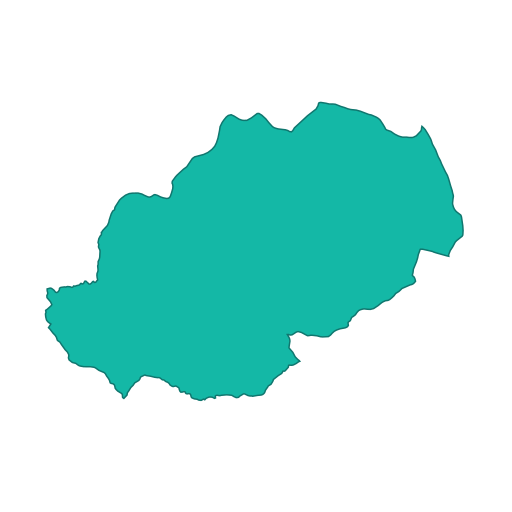 the district of Monguì, Boyacá, Colombia, rotated 280°
{"feature_id": "7082276B75915800684319", "entity_name": "Monguì", "entity_type": "district", "adm_level": 2, "iso_a3": "COL", "parent_name": "Colombia", "parent_adm1": "Boyacá", "projection": "mercator", "projection_center": [-72.845, 5.698], "detail": "fine", "context": "isolated", "style": "filled", "palette": "teal", "viewbox_px": 512, "rotation_deg": 280, "n_neighbors": 0, "source": "geoboundaries", "source_scale": "gbopen_adm2", "svg_char_len": 6068}
<svg xmlns="http://www.w3.org/2000/svg" viewBox="0 0 512 512"><g transform="rotate(280 256 256)"><path d="M287.4,111.9L279.9,108.8L278.7,108.6L277.2,108.7L276.6,108.4L276.0,107.6L275.3,107.1L272.3,106.1L265.8,105.2L263.7,105.2L260.3,104.4L254.3,100.5L253.2,100.3L252.5,99.6L252.0,99.6L251.2,100.0L250.1,99.9L249.6,99.8L248.6,99.1L245.7,98.2L241.9,98.1L240.0,99.2L238.0,99.2L237.1,99.5L234.8,101.2L233.5,101.6L227.7,102.3L225.8,102.2L223.1,101.5L220.3,102.0L218.7,101.8L215.5,102.7L213.7,103.0L211.1,102.5L209.3,102.7L207.2,103.3L205.0,104.2L204.7,104.2L203.9,103.5L202.6,102.9L202.2,102.5L201.9,101.4L202.7,100.6L202.8,100.1L202.2,99.5L200.5,98.5L199.6,97.6L199.4,96.9L199.5,96.1L200.4,95.0L201.2,93.5L201.6,93.1L201.6,92.0L201.3,91.7L199.4,91.1L198.5,90.4L198.3,89.5L198.7,88.6L198.6,88.2L198.3,87.9L197.1,87.4L196.6,86.7L195.6,84.3L194.7,82.9L194.9,81.9L194.8,81.6L193.7,81.1L193.3,80.6L193.1,80.1L193.4,78.1L193.2,75.7L192.4,74.0L192.3,72.7L191.2,69.3L190.7,68.6L190.0,68.1L189.1,68.2L187.9,68.1L186.0,67.0L185.4,66.1L185.5,64.9L187.3,62.9L188.6,60.3L188.7,59.1L188.5,58.5L187.3,56.0L185.4,56.4L183.8,57.2L182.7,57.4L182.0,57.3L180.9,56.9L179.0,57.3L178.6,57.5L175.3,61.5L172.7,63.4L171.8,63.1L170.3,62.0L167.1,59.5L166.4,58.6L165.7,58.3L164.2,59.0L162.4,58.7L159.5,59.5L156.8,60.7L155.9,61.5L154.7,63.0L153.4,65.8L149.4,64.1L148.1,65.9L144.8,69.5L142.9,72.1L141.2,73.6L138.7,74.9L138.3,75.3L137.1,77.9L135.0,79.8L130.5,84.4L128.8,86.8L126.9,88.3L126.3,88.7L124.7,89.0L123.8,88.9L123.0,89.0L121.2,90.0L119.4,93.3L119.2,94.0L119.0,97.1L117.6,99.9L117.2,101.1L117.1,102.6L117.1,105.6L118.2,112.1L118.3,115.8L118.0,117.2L116.1,121.2L114.8,126.8L113.9,128.1L111.9,129.7L109.8,131.9L108.1,133.3L105.8,134.4L105.4,135.4L105.3,137.4L104.7,138.7L103.4,139.5L101.3,140.3L100.2,141.5L98.9,143.4L97.5,147.0L96.8,148.1L96.1,148.5L93.7,149.1L93.3,149.5L92.8,150.6L96.6,153.1L99.0,153.1L100.8,154.0L104.8,155.6L107.3,157.4L110.0,158.6L113.1,162.2L114.7,163.0L116.1,163.2L117.1,163.7L119.4,167.0L119.5,167.4L119.2,168.6L119.3,173.0L119.0,177.2L119.1,180.1L119.4,181.5L119.3,182.5L117.8,185.3L118.0,186.2L117.8,187.0L116.8,188.8L116.5,189.7L116.4,190.8L115.4,192.6L114.1,193.7L113.2,195.8L113.0,197.0L114.0,199.4L113.9,200.3L112.9,202.6L112.3,203.3L111.2,203.6L109.6,204.6L108.9,205.5L109.1,206.8L109.9,208.6L109.9,209.5L109.5,210.1L108.8,210.4L108.3,211.2L108.3,212.3L108.8,213.6L108.8,214.8L108.1,215.7L105.9,216.7L105.2,217.5L104.6,220.1L104.7,223.0L104.2,224.4L104.2,226.1L104.4,227.3L105.9,229.0L105.9,229.8L105.5,230.2L105.7,230.7L106.8,231.3L107.5,232.1L108.5,233.5L109.1,234.9L109.3,236.4L109.3,237.7L108.6,239.9L108.9,240.4L109.2,240.8L110.5,240.3L111.2,240.3L111.7,240.9L112.1,241.8L112.1,244.1L112.3,245.0L112.8,246.0L114.2,251.2L114.6,255.6L114.6,256.4L113.7,258.7L113.1,261.1L113.5,262.6L113.9,263.5L114.9,264.0L118.1,267.7L118.2,268.7L117.2,272.3L117.1,274.4L117.4,276.0L117.3,277.0L119.0,281.7L120.0,285.3L120.8,286.7L121.9,287.6L122.9,288.2L125.7,288.7L129.0,290.3L129.7,290.4L130.6,291.1L132.2,293.0L134.9,294.1L136.3,294.5L137.3,294.5L142.0,298.6L144.8,301.7L147.3,302.6L147.6,304.2L148.2,304.8L152.0,307.1L154.0,307.1L154.3,307.7L154.6,310.2L155.2,311.7L157.1,314.2L159.4,316.5L159.9,317.4L160.5,316.7L161.4,315.0L163.5,312.1L167.5,309.0L171.1,304.6L171.5,304.4L172.9,304.3L177.9,304.2L179.1,303.9L180.4,303.4L182.0,302.3L184.1,300.5L184.4,301.7L184.1,302.8L184.2,303.9L184.7,305.3L187.9,308.7L188.5,309.6L188.9,310.8L188.6,314.0L186.5,320.4L186.5,320.9L187.1,322.8L187.5,323.7L187.7,325.2L188.0,330.0L187.7,333.5L187.9,335.7L189.2,341.3L191.2,343.2L193.2,344.4L195.4,346.1L197.1,348.2L198.9,351.4L200.7,356.2L201.5,357.5L202.3,358.4L203.7,359.0L206.2,358.2L207.1,358.5L208.7,360.1L211.8,360.8L212.7,361.4L213.3,362.2L215.4,364.1L217.9,365.2L220.1,366.6L221.2,368.1L222.2,370.2L222.7,371.7L222.9,374.9L223.3,377.9L224.7,381.0L228.3,384.8L231.9,387.9L233.1,389.3L234.4,391.2L235.2,393.7L236.3,395.2L238.4,397.0L240.7,398.7L243.4,400.1L245.9,402.9L248.2,404.6L249.3,405.3L254.3,412.8L255.0,414.4L256.0,415.7L257.2,416.6L258.8,417.5L260.9,416.6L262.6,415.5L264.0,413.4L264.3,413.3L266.8,413.5L270.4,413.3L278.1,415.0L282.2,415.5L285.7,415.6L288.9,416.2L290.3,416.4L291.1,416.6L291.3,417.0L291.6,419.0L291.3,425.9L291.1,429.0L290.7,430.5L290.3,433.6L289.3,443.8L289.2,445.9L290.1,445.6L291.4,445.6L295.2,446.4L299.1,448.1L304.3,449.8L306.1,451.0L311.3,455.6L312.5,456.0L313.8,455.9L317.0,455.5L321.6,454.4L330.1,451.6L331.2,451.0L331.9,450.5L334.2,446.1L335.0,444.9L336.5,443.3L338.2,442.1L341.0,440.7L342.1,440.4L345.8,440.1L349.2,440.0L350.1,439.7L352.0,438.8L354.5,437.8L358.8,435.5L365.2,432.4L368.6,430.5L371.8,427.9L379.2,422.6L381.9,421.0L385.4,418.2L391.6,414.5L396.8,410.3L400.4,408.4L401.8,407.5L405.5,404.5L409.8,400.7L411.5,398.5L412.5,396.9L410.8,396.8L409.5,397.0L407.8,396.7L402.2,393.0L400.3,390.4L399.8,389.2L399.3,386.0L399.2,383.6L398.5,379.8L398.6,377.9L398.9,375.5L400.1,371.4L402.1,367.1L402.8,362.8L403.5,361.5L404.9,360.6L407.8,358.1L411.5,354.6L412.7,352.7L413.6,350.5L414.9,345.2L415.0,342.4L416.7,333.6L417.1,329.4L416.7,323.9L416.9,320.9L417.6,317.2L418.0,313.7L419.2,307.9L419.1,306.0L418.4,301.6L418.6,298.4L418.5,293.1L417.9,291.5L416.9,291.1L414.9,291.0L411.2,289.7L403.0,282.3L392.7,274.5L388.9,271.6L385.7,270.4L384.4,269.3L384.4,267.4L385.1,265.5L385.4,263.1L385.0,255.9L385.2,253.5L385.5,251.6L386.3,249.7L389.7,245.3L392.8,241.8L395.7,237.2L396.9,234.1L396.5,232.4L391.3,227.6L388.0,223.5L387.4,220.3L387.3,218.5L387.8,215.6L390.0,210.1L390.8,207.0L389.6,204.3L387.7,202.6L384.3,200.7L381.4,199.4L377.1,198.2L373.0,198.3L365.5,198.1L360.6,197.4L356.9,196.3L353.3,194.1L349.6,190.7L346.9,186.8L343.0,178.4L341.0,176.4L331.8,172.3L328.9,169.5L322.2,164.4L320.0,163.0L315.1,160.6L313.2,160.7L312.0,161.5L310.1,162.1L307.9,162.3L303.8,161.9L299.5,161.2L297.7,159.9L297.1,157.9L297.2,154.4L297.6,151.7L298.6,148.4L298.9,146.1L298.7,145.1L296.3,142.5L295.4,140.7L295.5,139.1L296.4,135.4L297.2,132.9L297.5,128.9L296.4,123.3L295.5,120.4L293.3,117.0L289.6,113.5L287.4,111.9Z" fill="#14b8a6" stroke="#0f766e" stroke-width="1.5"/></g></svg>